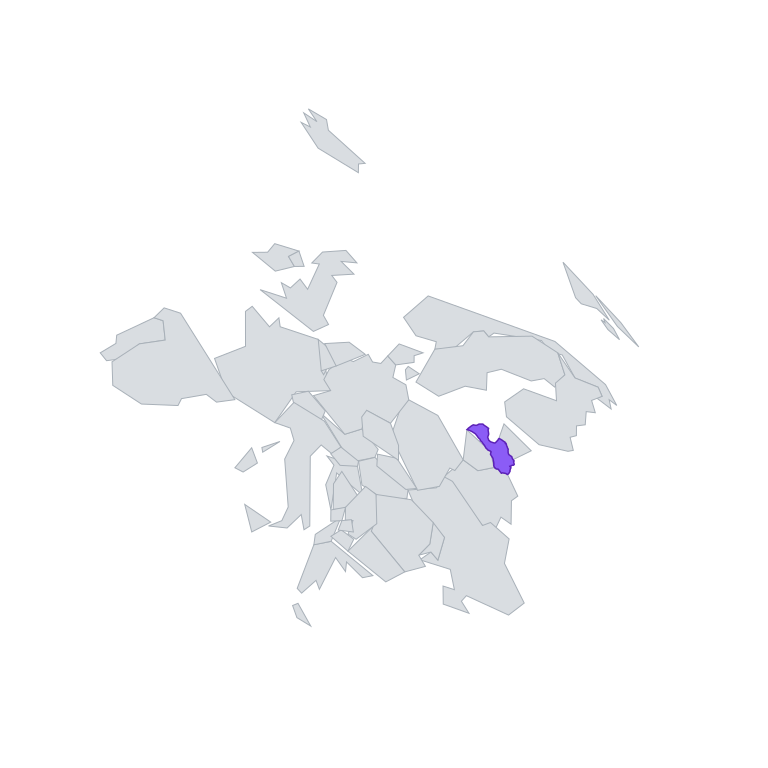 Latvia highlighted on a map of Europe, rotated 49°
{"feature_id": "LVA", "entity_name": "Latvia", "entity_type": "country or territory", "adm_level": 0, "iso_a3": "LVA", "parent_name": "Europe", "parent_adm1": "", "projection": "equal_earth", "projection_center": [25.364, 56.865], "detail": "fine", "context": "in_parent", "style": "filled", "palette": "violet", "viewbox_px": 768, "rotation_deg": 49, "n_neighbors": 37, "source": "natural_earth", "source_scale": "50m", "svg_char_len": 9145}
<svg xmlns="http://www.w3.org/2000/svg" viewBox="0 0 768 768"><g transform="rotate(49 384 384)"><path d="M409.5,169.0L453.5,167.4L483.7,172.1L466.6,173.9L452.9,182.5L444.6,182.8L409.5,169.0ZM551.9,229.0L533.5,232.8L536.4,227.5L526.9,224.5L504.8,235.9L479.0,230.4L468.5,237.8L454.5,236.6L417.7,267.6L417.1,274.1L409.4,273.9L403.3,282.3L403.0,310.5L391.1,322.8L386.4,316.8L368.6,328.2L346.5,325.5L346.5,292.9L464.0,227.1L529.8,217.2L552.9,222.4L543.6,224.4L551.9,229.0ZM523.2,167.4L493.8,170.1L456.2,166.3L493.2,165.0L523.2,167.4ZM505.1,177.2L489.9,179.3L477.9,178.1L482.7,176.9L478.6,175.3L492.7,174.4L505.1,177.2Z" fill="#d9dde1" stroke="#a8b0b8" stroke-width="1"/><path d="M307.2,404.4L354.0,428.6L332.3,455.4L341.5,491.8L286.9,508.4L253.5,495.1L264.7,463.8L238.3,440.9L238.9,432.5L265.7,432.9L265.1,419.9L272.7,424.8L307.2,404.4ZM351.8,517.8L359.1,500.2L355.9,520.3L351.8,517.8Z" fill="#d9dde1" stroke="#a8b0b8" stroke-width="1"/><path d="M391.1,322.8L406.9,299.3L403.3,282.3L409.4,273.9L417.1,274.1L445.0,240.9L474.5,232.4L495.8,241.5L498.3,257.2L485.0,259.6L478.3,270.9L449.8,285.8L443.1,298.8L455.9,310.8L438.9,324.2L429.1,350.8L403.5,358.6L391.1,322.8Z" fill="#d9dde1" stroke="#a8b0b8" stroke-width="1"/><path d="M533.3,350.1L556.4,356.6L555.7,364.4L573.2,380.1L561.2,383.1L565.9,393.8L555.4,402.5L493.3,399.6L493.2,374.0L511.0,370.0L519.1,355.9L533.3,350.1Z" fill="#d9dde1" stroke="#a8b0b8" stroke-width="1"/><path d="M598.7,468.1L612.8,470.3L589.0,483.7L575.2,472.0L585.4,465.8L567.4,455.6L540.2,472.3L541.6,458.8L552.3,458.9L539.5,439.0L505.0,443.5L479.8,435.5L496.7,412.6L493.3,399.6L502.4,396.2L555.4,402.5L558.4,394.5L583.0,391.2L598.4,410.8L641.3,421.9L640.1,441.6L597.8,460.7L598.7,468.1Z" fill="#d9dde1" stroke="#a8b0b8" stroke-width="1"/><path d="M493.2,374.0L495.8,387.3L490.6,389.5L497.6,409.4L486.2,428.5L427.7,412.6L411.1,384.1L412.2,375.7L443.1,364.0L493.2,374.0Z" fill="#d9dde1" stroke="#a8b0b8" stroke-width="1"/><path d="M433.4,439.0L423.7,455.9L410.9,458.8L364.3,450.9L396.2,446.6L403.4,430.2L429.5,431.3L433.4,439.0Z" fill="#d9dde1" stroke="#a8b0b8" stroke-width="1"/><path d="M479.8,435.5L485.4,441.8L469.6,460.2L445.7,466.9L425.6,453.9L433.4,439.0L479.8,435.5Z" fill="#d9dde1" stroke="#a8b0b8" stroke-width="1"/><path d="M520.9,437.8L539.5,439.0L552.3,458.9L541.6,458.8L536.0,470.1L534.8,454.4L520.9,437.8Z" fill="#d9dde1" stroke="#a8b0b8" stroke-width="1"/><path d="M536.0,470.1L548.8,472.4L539.4,491.6L486.8,490.2L462.1,462.5L489.3,439.3L520.9,437.8L534.8,454.4L536.0,470.1Z" fill="#d9dde1" stroke="#a8b0b8" stroke-width="1"/><path d="M519.1,355.9L511.0,370.0L493.2,374.0L473.0,351.6L505.2,348.0L519.1,355.9Z" fill="#d9dde1" stroke="#a8b0b8" stroke-width="1"/><path d="M531.0,316.7L525.6,336.7L500.7,333.5L492.8,319.6L531.0,316.7Z" fill="#d9dde1" stroke="#a8b0b8" stroke-width="1"/><path d="M412.2,375.7L417.9,404.9L392.5,414.4L403.4,430.2L396.2,446.6L346.5,444.8L354.0,428.6L341.2,426.5L337.0,415.9L339.0,396.6L347.0,392.4L351.3,376.4L359.9,378.2L366.4,372.9L365.3,362.8L377.3,362.6L384.9,373.0L399.0,368.0L412.2,375.7Z" fill="#d9dde1" stroke="#a8b0b8" stroke-width="1"/><path d="M484.2,485.2L486.8,490.2L539.4,491.6L534.5,512.5L486.5,520.9L484.2,485.2Z" fill="#d9dde1" stroke="#a8b0b8" stroke-width="1"/><path d="M518.6,598.1L503.2,603.0L491.2,598.3L493.1,592.8L518.6,598.1ZM468.0,527.1L521.3,518.1L516.1,527.3L493.7,529.0L500.3,536.1L483.2,534.4L496.6,567.5L487.6,564.1L487.8,583.4L481.3,583.6L459.3,542.4L468.0,527.1Z" fill="#d9dde1" stroke="#a8b0b8" stroke-width="1"/><path d="M468.0,527.1L459.3,542.4L452.4,534.5L456.4,504.1L468.0,527.1Z" fill="#d9dde1" stroke="#a8b0b8" stroke-width="1"/><path d="M428.7,458.0L454.1,473.1L420.1,478.1L444.2,506.7L421.8,494.1L412.4,475.0L400.9,474.3L428.7,458.0Z" fill="#d9dde1" stroke="#a8b0b8" stroke-width="1"/><path d="M365.8,446.0L371.7,458.2L342.5,466.6L331.6,460.7L339.8,445.8L365.8,446.0Z" fill="#d9dde1" stroke="#a8b0b8" stroke-width="1"/><path d="M334.6,416.3L337.4,423.5L332.9,422.7L334.6,416.3Z" fill="#d9dde1" stroke="#a8b0b8" stroke-width="1"/><path d="M339.0,408.3L332.9,422.7L307.2,404.4L329.5,400.8L339.0,408.3Z" fill="#d9dde1" stroke="#a8b0b8" stroke-width="1"/><path d="M349.3,378.7L339.0,408.3L314.6,402.2L329.6,382.9L349.3,378.7Z" fill="#d9dde1" stroke="#a8b0b8" stroke-width="1"/><path d="M183.1,514.1L191.3,509.2L207.3,520.3L193.2,542.3L194.8,562.1L184.4,578.1L174.3,577.7L177.5,559.7L171.8,553.7L183.1,514.1Z" fill="#d9dde1" stroke="#a8b0b8" stroke-width="1"/><path d="M188.8,574.7L193.2,542.3L207.3,520.3L191.3,509.2L183.1,514.1L182.3,500.0L197.1,491.1L298.0,506.8L287.8,522.3L275.2,524.9L262.2,546.4L265.1,553.6L240.0,580.2L207.1,589.6L188.8,574.7Z" fill="#d9dde1" stroke="#a8b0b8" stroke-width="1"/><path d="M236.5,374.5L227.5,392.0L198.4,396.9L208.2,385.4L206.4,374.4L227.9,361.0L225.1,372.4L236.5,374.5Z" fill="#d9dde1" stroke="#a8b0b8" stroke-width="1"/><path d="M372.9,453.4L403.4,457.9L403.8,468.9L388.8,471.4L390.1,487.0L442.5,533.2L441.5,540.0L428.2,532.1L429.1,551.6L415.4,564.3L420.1,550.8L414.0,537.0L375.5,508.2L367.6,489.0L355.8,483.6L341.5,491.8L338.8,464.1L372.9,453.4ZM383.5,568.1L413.9,560.1L408.9,580.9L383.5,568.1ZM345.3,525.7L360.6,531.4L358.0,548.1L349.4,551.5L345.3,525.7Z" fill="#d9dde1" stroke="#a8b0b8" stroke-width="1"/><path d="M377.3,362.6L365.3,362.8L363.7,346.3L386.1,334.1L382.4,342.7L387.4,347.1L377.3,362.6ZM399.4,350.7L395.7,364.5L387.3,358.5L386.6,354.2L399.4,350.7Z" fill="#d9dde1" stroke="#a8b0b8" stroke-width="1"/><path d="M236.5,374.5L225.1,372.4L227.9,361.0L242.8,367.1L236.5,374.5ZM262.4,379.5L251.0,354.1L245.3,359.1L244.1,343.8L258.2,325.1L274.8,325.0L263.4,335.9L281.4,334.6L267.8,352.2L276.5,352.8L292.4,384.7L302.7,386.8L298.0,402.8L231.5,415.6L255.3,401.3L240.2,395.0L250.1,391.6L249.7,378.5L262.4,379.5Z" fill="#d9dde1" stroke="#a8b0b8" stroke-width="1"/><path d="M205.1,253.5L201.2,258.9L207.7,264.7L162.8,279.0L132.2,274.9L141.7,271.0L126.7,266.7L142.0,262.5L126.7,260.6L146.7,253.9L156.0,259.5L205.1,253.5Z" fill="#d9dde1" stroke="#a8b0b8" stroke-width="1"/><path d="M403.4,457.9L425.6,453.9L428.7,458.0L416.6,470.5L401.7,470.0L403.4,457.9Z" fill="#d9dde1" stroke="#a8b0b8" stroke-width="1"/><path d="M536.4,227.5L532.6,238.1L544.3,243.4L537.5,249.5L546.8,258.9L541.9,266.2L549.2,272.7L546.3,278.5L558.3,284.7L555.5,289.3L531.5,306.8L489.1,313.1L476.7,304.7L479.2,281.8L509.8,264.8L495.8,254.0L495.8,241.5L474.5,232.4L504.8,235.9L526.9,224.5L536.4,227.5Z" fill="#d9dde1" stroke="#a8b0b8" stroke-width="1"/><path d="M484.2,427.8L477.9,436.7L441.2,443.2L432.7,434.9L448.4,423.1L484.2,427.8Z" fill="#d9dde1" stroke="#a8b0b8" stroke-width="1"/><path d="M417.9,404.9L439.9,413.3L451.1,423.1L409.8,434.0L394.3,422.5L392.5,414.4L417.9,404.9Z" fill="#d9dde1" stroke="#a8b0b8" stroke-width="1"/><path d="M445.3,504.6L426.2,487.6L422.3,473.2L453.8,477.6L454.1,493.3L445.3,504.6Z" fill="#d9dde1" stroke="#a8b0b8" stroke-width="1"/><path d="M481.3,508.7L486.5,520.9L464.1,524.0L465.9,512.0L481.3,508.7Z" fill="#d9dde1" stroke="#a8b0b8" stroke-width="1"/><path d="M449.2,465.1L462.1,462.5L484.7,481.1L482.9,506.9L473.7,509.6L466.7,497.0L461.4,502.6L451.8,493.9L449.2,465.1Z" fill="#d9dde1" stroke="#a8b0b8" stroke-width="1"/><path d="M459.5,505.4L452.6,514.2L444.2,506.7L451.8,493.9L459.5,505.4Z" fill="#d9dde1" stroke="#a8b0b8" stroke-width="1"/><path d="M464.2,514.4L459.5,505.4L465.0,497.6L475.6,504.2L464.2,514.4Z" fill="#d9dde1" stroke="#a8b0b8" stroke-width="1"/><path d="M520.0,355.4L519.5,355.3L518.3,355.0L517.3,354.5L516.7,353.8L515.6,353.0L514.9,352.5L513.8,351.9L512.0,350.8L511.4,350.5L508.2,350.0L507.0,349.8L505.9,348.5L505.6,347.8L505.1,347.6L504.5,347.8L503.9,347.9L502.4,348.8L502.0,348.9L501.1,348.9L499.0,349.1L498.0,348.8L496.4,348.5L495.5,348.4L494.7,348.4L491.2,348.1L490.5,348.4L489.9,348.5L489.2,347.9L488.5,347.8L487.6,348.0L486.0,348.0L484.2,347.8L481.8,347.7L481.4,347.7L478.8,348.5L478.1,348.6L475.2,349.9L472.9,351.2L472.7,349.2L473.0,345.3L473.4,343.4L475.0,342.2L475.8,341.4L476.3,340.2L476.4,339.1L476.8,338.3L479.1,335.7L480.9,335.5L483.3,334.8L486.1,334.2L486.6,334.9L486.8,335.5L490.0,337.5L490.8,338.2L492.1,340.6L495.1,341.8L497.5,341.5L498.5,340.9L500.4,339.8L501.3,339.0L501.4,338.2L501.1,335.0L500.6,333.6L500.8,332.7L501.2,332.7L502.0,332.3L504.6,331.5L505.1,331.5L505.7,331.3L507.4,330.8L507.9,331.1L508.4,331.4L508.6,331.4L508.7,331.1L508.8,330.9L509.3,331.0L511.2,332.0L512.0,332.2L512.5,332.3L513.1,332.7L514.7,333.0L514.9,333.3L515.1,333.6L516.6,334.8L517.3,335.4L518.7,336.0L519.3,336.1L521.7,335.5L522.3,335.3L522.9,335.3L523.4,335.6L524.7,336.1L525.9,336.2L526.1,336.2L527.1,336.2L527.5,336.4L527.7,337.2L528.8,337.8L529.9,338.3L530.2,338.6L530.2,339.0L530.2,339.6L530.1,339.8L529.6,340.2L529.3,341.0L529.2,341.8L528.6,343.1L528.8,343.2L530.0,342.9L530.4,343.1L530.7,343.4L530.8,344.2L531.2,344.6L531.7,345.2L531.8,345.7L532.6,346.2L532.7,346.6L533.2,347.9L533.4,348.6L533.5,349.2L533.3,349.9L533.1,350.4L532.8,350.4L532.1,350.5L531.0,351.1L529.3,352.5L528.8,352.8L528.4,353.9L528.3,354.0L527.3,353.9L527.0,353.9L526.0,353.9L523.8,353.7L523.0,353.8L521.9,354.9L521.5,355.1L520.2,355.2L520.0,355.4Z" fill="#8b5cf6" stroke="#5b21b6" stroke-width="1.5"/></g></svg>